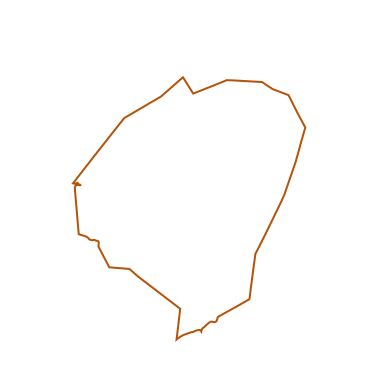 outline of Songino, Dzavhan, Mongolia, rotated 302°
{"feature_id": "93677404B94463356212555", "entity_name": "Songino", "entity_type": "district", "adm_level": 2, "iso_a3": "MNG", "parent_name": "Mongolia", "parent_adm1": "Dzavhan", "projection": "equal_earth", "projection_center": [95.763, 48.99], "detail": "fine", "context": "isolated", "style": "outline", "palette": "amber", "viewbox_px": 384, "rotation_deg": 302, "n_neighbors": 0, "source": "geoboundaries", "source_scale": "gbopen_adm2", "svg_char_len": 2524}
<svg xmlns="http://www.w3.org/2000/svg" viewBox="0 0 384 384"><g transform="rotate(302 192 192)"><path d="M136.3,86.5L136.5,87.3L136.8,87.8L137.1,88.5L137.9,89.1L138.0,89.2L137.9,89.3L137.8,89.6L138.0,89.6L138.8,89.7L139.0,89.8L139.1,90.0L139.0,90.3L138.8,90.7L138.4,90.9L137.9,91.1L137.7,91.2L138.0,91.5L138.5,91.9L138.6,92.1L138.6,92.3L138.6,92.5L138.8,92.9L138.9,93.1L138.9,93.5L138.7,93.7L138.4,93.5L138.2,93.0L138.1,92.5L138.0,92.3L137.7,92.0L137.6,91.9L137.6,91.5L137.4,91.2L137.1,90.8L136.6,90.4L136.1,90.3L135.9,90.2L135.6,89.9L135.4,89.8L134.9,89.9L134.2,90.1L133.4,90.4L131.8,91.6L96.2,118.3L98.0,125.1L98.2,127.0L98.1,128.1L97.4,130.0L97.7,131.6L97.9,132.2L98.2,132.8L98.7,133.5L99.4,134.2L99.7,134.5L99.8,135.0L99.8,135.4L99.8,136.1L99.9,136.7L100.4,137.5L100.6,137.9L100.6,138.4L100.4,139.1L99.6,139.8L98.5,140.4L96.1,141.6L84.3,161.8L93.6,179.7L91.7,191.2L86.7,243.9L58.7,257.1L59.0,257.2L61.1,258.0L63.1,258.8L64.4,259.5L65.6,260.2L66.7,260.9L68.2,262.1L70.2,263.7L71.2,264.5L72.5,265.5L73.8,267.0L74.3,267.5L74.7,267.7L75.4,268.0L76.3,268.6L77.4,269.5L78.7,271.2L79.2,271.9L79.2,272.2L79.2,272.4L79.1,272.8L79.0,273.1L78.6,273.8L80.5,273.2L80.9,273.2L81.4,273.1L82.3,273.3L82.9,273.5L83.9,274.0L84.6,274.1L85.7,274.4L87.7,274.9L89.0,275.3L90.5,275.9L91.4,276.3L91.9,276.7L92.3,277.0L92.5,277.3L92.6,277.7L92.8,278.3L93.1,279.4L93.6,280.1L94.0,280.5L94.6,280.9L95.2,281.1L96.0,281.1L96.5,281.0L97.1,280.9L97.5,280.8L98.3,280.5L98.9,280.3L99.9,280.2L110.7,286.1L110.9,286.3L124.0,293.5L127.4,295.3L131.5,297.5L135.6,295.7L139.8,293.7L142.8,292.3L160.4,284.3L163.5,282.9L167.7,281.0L167.8,281.0L169.6,280.1L172.9,278.6L177.8,278.2L195.2,276.6L211.3,274.9L211.7,274.9L218.4,274.1L218.5,274.1L225.7,273.4L226.1,273.3L228.3,273.1L228.8,273.0L230.4,272.9L238.8,271.7L271.8,264.1L288.3,259.3L289.0,259.0L306.7,253.9L308.0,251.7L308.2,251.3L309.6,248.9L309.9,248.4L311.5,245.6L312.1,244.5L313.7,241.8L313.7,241.7L316.3,237.3L316.5,237.0L316.9,236.4L317.2,235.8L318.4,233.9L319.3,232.4L319.5,232.0L320.3,230.8L320.5,230.5L325.3,222.5L324.8,220.2L323.4,212.9L323.3,212.4L322.8,210.0L322.0,205.9L322.0,205.1L322.1,202.9L322.1,199.9L322.4,193.2L309.2,169.1L306.4,164.2L306.2,164.0L305.3,162.2L303.4,160.9L302.2,160.0L299.4,158.0L295.5,155.1L294.9,154.7L294.6,154.5L293.5,153.7L288.6,150.1L288.4,149.9L276.1,140.9L284.5,123.6L284.3,123.5L256.5,115.1L243.8,108.4L243.6,108.3L243.1,108.1L218.7,95.3L215.7,95.0L187.7,91.9L167.7,89.7L161.2,89.1L156.9,88.6L136.3,86.5Z" fill="none" stroke="#b45309" stroke-width="2"/></g></svg>